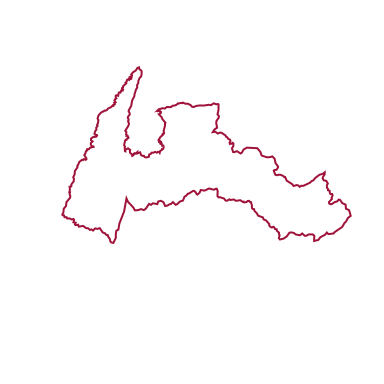 Junin, Junín, Peru, rotated 47°
{"feature_id": "86281439B69891072008043", "entity_name": "Junin", "entity_type": "district", "adm_level": 2, "iso_a3": "PER", "parent_name": "Peru", "parent_adm1": "Junín", "projection": "natural_earth1", "projection_center": [-75.905, -11.058], "detail": "fine", "context": "isolated", "style": "outline", "palette": "rose", "viewbox_px": 384, "rotation_deg": 47, "n_neighbors": 0, "source": "geoboundaries", "source_scale": "gbopen_adm2", "svg_char_len": 6005}
<svg xmlns="http://www.w3.org/2000/svg" viewBox="0 0 384 384"><g transform="rotate(47 192 192)"><path d="M312.6,129.0L314.0,123.9L313.6,121.0L315.8,121.0L318.9,116.7L318.6,115.3L320.0,106.0L318.6,101.4L318.7,99.6L317.3,95.6L317.7,92.2L312.4,89.5L309.2,90.8L306.0,88.3L302.6,89.7L298.8,89.1L297.6,89.9L297.9,92.2L296.7,94.6L296.2,97.9L295.4,99.0L293.9,99.5L292.8,98.8L292.5,94.4L291.5,94.0L290.4,91.5L289.0,90.9L288.0,92.1L286.8,91.9L284.9,90.5L283.4,91.3L282.6,90.5L280.9,90.4L278.9,88.6L278.5,86.9L275.4,86.2L273.3,87.7L271.2,87.2L270.3,86.0L269.5,82.8L268.1,81.5L268.0,83.6L266.3,87.2L265.8,92.5L266.3,95.2L265.6,97.0L265.6,99.6L263.4,106.4L261.9,107.9L261.7,109.7L259.8,109.8L258.4,110.6L256.9,113.6L254.5,113.4L248.3,115.0L244.6,113.7L244.2,114.3L242.6,114.3L239.8,115.5L238.4,116.9L238.0,118.1L236.3,119.3L232.2,117.7L232.1,116.9L233.4,115.0L232.7,112.4L232.1,111.7L227.6,111.1L224.1,108.9L220.7,109.0L220.0,110.7L217.9,113.4L213.3,116.0L212.2,116.0L209.2,114.6L204.5,114.4L197.0,121.6L196.1,125.3L197.2,128.5L197.0,130.2L192.8,131.3L191.5,134.2L190.8,134.7L187.3,133.0L186.6,130.4L184.7,128.6L183.7,128.8L183.7,129.9L182.8,131.5L181.5,130.9L181.0,129.1L179.6,128.5L177.9,129.3L176.2,128.9L174.8,129.4L173.6,128.9L168.9,130.0L167.6,131.1L166.8,133.3L163.9,133.8L162.4,135.9L161.6,132.8L162.1,129.8L158.1,127.3L156.7,125.6L155.9,121.9L155.0,120.6L152.6,120.4L150.1,116.7L146.1,112.9L145.5,112.9L144.3,114.5L141.9,115.7L141.5,118.8L139.7,120.2L137.0,124.2L133.9,127.4L131.8,130.4L131.0,132.9L129.3,133.9L127.5,133.7L124.5,134.9L123.0,136.6L120.4,137.7L120.4,138.5L119.1,139.6L118.3,141.4L117.7,141.6L117.6,143.9L117.0,145.6L115.6,147.5L115.6,149.5L112.7,152.4L112.4,155.0L110.7,156.3L108.8,160.1L108.9,162.0L109.7,160.6L110.0,161.2L110.6,160.3L112.3,160.1L113.0,161.1L112.5,161.9L113.1,162.6L112.7,163.2L116.7,163.2L118.4,163.9L123.0,164.2L122.9,164.5L125.0,166.4L128.0,171.1L130.0,172.3L130.2,173.5L129.6,173.4L129.6,174.1L130.3,174.9L130.2,177.5L131.2,181.1L132.2,181.6L132.0,180.7L132.4,180.5L133.3,181.5L134.2,180.5L135.0,181.2L135.1,182.2L135.5,182.1L135.9,181.1L137.7,182.3L138.5,181.3L140.0,182.2L140.8,183.7L140.7,184.4L140.2,184.7L140.7,185.4L140.3,187.3L141.3,188.9L140.3,188.7L139.4,189.5L139.3,190.9L137.5,191.6L136.9,193.5L135.7,194.7L136.0,196.2L135.4,197.8L136.8,199.6L135.5,202.0L134.1,202.8L132.7,202.5L131.9,203.5L130.4,204.1L127.6,202.9L126.5,205.7L125.5,204.7L125.4,207.2L125.1,207.8L124.5,207.6L124.2,208.5L125.2,209.9L124.8,211.1L123.7,210.4L121.0,210.5L119.6,209.5L119.1,208.5L116.4,209.0L115.7,212.1L116.8,213.0L116.4,213.2L113.7,211.0L113.2,210.1L111.4,209.7L108.7,205.7L108.6,204.6L109.2,204.2L108.6,202.8L109.2,201.8L109.0,201.4L106.9,200.8L106.6,201.2L106.5,200.8L105.1,201.1L103.4,199.1L101.7,199.1L100.2,193.4L99.1,191.5L96.6,190.5L96.7,190.0L95.3,188.6L94.2,188.6L93.2,187.2L92.9,184.7L91.4,183.6L89.9,183.4L89.1,182.5L87.6,177.8L84.2,173.3L82.6,168.8L81.2,167.2L78.9,163.1L78.3,160.9L76.4,159.3L75.6,156.9L74.1,155.4L72.8,152.3L72.8,150.4L71.5,148.6L69.4,146.5L67.9,146.3L66.5,146.8L64.7,145.7L64.0,147.2L64.8,150.3L64.2,153.6L64.6,156.2L65.8,156.3L66.1,157.0L65.7,158.2L66.8,157.8L67.8,159.3L67.6,159.8L66.6,160.0L67.2,161.5L66.4,161.8L66.0,161.5L66.1,162.4L65.7,163.1L67.0,165.1L66.7,165.9L67.7,166.1L67.6,170.2L68.6,171.2L68.3,172.3L69.0,172.9L70.1,172.6L70.6,173.6L69.5,174.6L70.5,176.5L69.5,177.2L69.4,177.8L71.3,180.4L69.7,181.2L69.5,182.0L70.4,183.0L72.0,183.5L71.7,184.6L72.0,186.2L74.2,186.6L73.7,188.1L75.0,188.3L75.3,189.2L74.6,190.2L75.3,190.9L74.6,191.6L74.8,193.2L73.7,196.4L74.0,198.4L73.5,199.8L72.7,200.5L72.8,201.7L72.2,202.6L71.9,204.7L72.2,208.0L73.9,211.0L75.6,211.4L77.6,214.0L78.2,215.8L79.3,216.0L79.7,218.3L81.2,219.3L81.3,220.8L82.6,223.3L83.5,223.9L85.5,222.7L86.0,222.9L86.2,224.5L84.5,226.6L84.0,229.0L84.3,229.7L85.2,230.5L87.2,230.2L87.2,232.6L88.1,233.5L90.4,234.2L91.4,233.0L91.9,233.2L90.1,236.2L90.4,238.1L88.6,240.2L89.4,239.8L90.1,240.4L89.9,241.9L91.1,243.7L91.6,245.6L95.4,246.3L96.0,246.8L96.0,247.8L94.3,248.5L94.3,250.0L93.5,250.3L93.1,253.8L94.6,257.1L94.6,258.0L95.9,259.1L96.7,263.2L99.1,265.9L100.2,268.8L101.9,269.4L103.5,271.2L104.2,275.1L105.6,276.5L104.7,278.0L106.9,279.5L108.4,281.8L109.0,281.4L110.1,283.0L111.9,283.7L113.0,285.0L113.8,290.8L116.3,293.6L116.8,297.3L119.2,299.9L120.0,302.1L120.7,302.5L121.8,301.5L123.5,302.4L124.9,300.9L126.2,301.4L127.9,299.5L130.0,298.8L130.9,297.1L132.0,297.2L133.3,299.4L135.1,298.0L136.0,299.8L136.8,299.7L138.3,297.6L140.2,298.4L142.5,294.8L146.2,294.1L147.7,292.7L150.1,292.5L150.8,291.0L152.7,290.7L152.6,287.6L154.4,286.4L155.6,284.1L160.7,284.9L162.8,283.8L164.8,284.0L166.1,283.0L167.4,283.8L169.9,284.0L172.7,285.5L173.9,285.4L175.6,284.2L173.6,279.0L170.5,276.1L168.7,273.7L169.3,271.5L165.6,266.7L159.9,254.9L152.0,244.3L155.5,245.5L163.4,245.5L166.4,246.3L168.3,244.1L169.8,240.9L172.4,239.6L172.7,237.0L171.4,231.5L173.4,230.8L173.6,228.3L177.2,225.6L175.9,223.2L177.2,220.8L179.8,219.8L183.9,221.2L185.2,219.2L185.7,216.7L186.4,215.6L186.4,212.8L190.2,212.7L190.8,211.2L190.7,207.5L192.1,204.4L190.3,200.6L190.8,199.0L190.4,196.2L190.9,195.7L192.0,190.3L192.6,189.7L194.8,189.5L196.8,190.1L197.6,189.8L197.7,187.0L196.5,184.3L199.6,181.8L201.0,177.2L205.3,174.4L206.0,172.0L206.8,171.7L208.7,172.5L212.4,176.2L214.1,176.2L215.0,175.0L218.7,173.0L220.9,173.3L222.2,172.5L222.9,169.6L224.0,169.4L226.0,166.5L228.4,165.9L230.9,162.3L233.9,161.6L234.3,160.7L235.3,160.9L236.5,159.0L236.5,157.5L237.4,156.3L238.6,156.5L239.4,155.8L242.5,157.2L244.6,159.1L245.7,159.2L246.8,158.3L248.5,159.2L251.8,159.1L254.4,159.8L258.9,157.5L260.9,158.3L263.4,157.2L268.2,157.4L269.0,158.3L270.8,158.5L272.5,157.8L272.8,156.3L273.8,155.9L275.6,156.5L277.0,155.5L278.2,156.4L281.1,156.1L282.0,157.1L283.2,157.3L285.1,160.0L286.7,160.1L288.6,156.7L289.1,152.8L288.2,148.6L289.1,147.1L291.4,145.4L293.8,145.1L297.3,142.5L297.5,139.7L300.9,139.4L302.0,138.2L302.7,135.4L305.4,132.6L307.4,132.4L311.1,136.1L313.2,132.3L312.6,129.0Z" fill="none" stroke="#9f1239" stroke-width="2"/></g></svg>